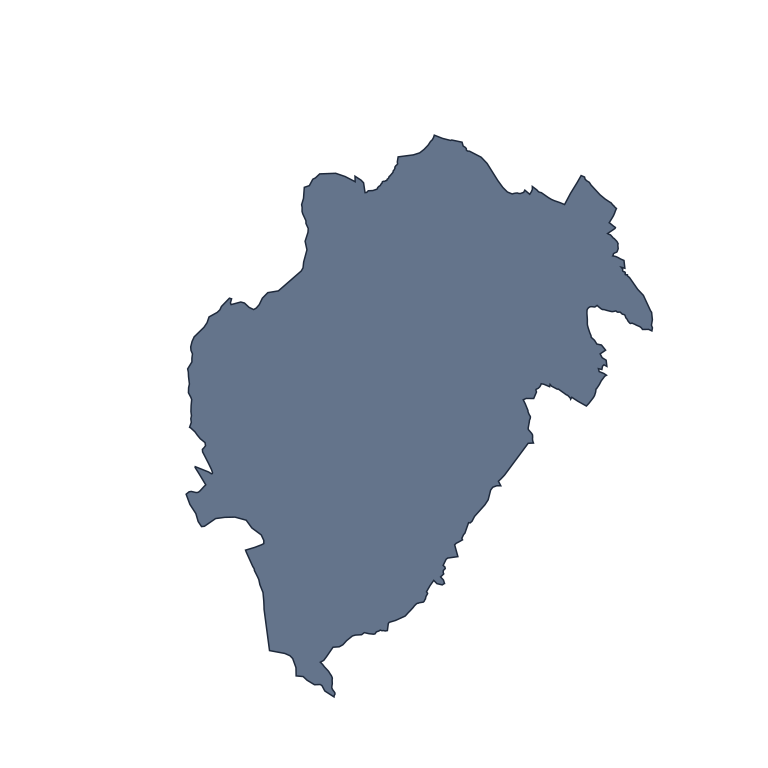 the district of Boteni, Arges, Romania, rotated 37°
{"feature_id": "2599482B33431600149134", "entity_name": "Boteni", "entity_type": "district", "adm_level": 2, "iso_a3": "ROU", "parent_name": "Romania", "parent_adm1": "Arges", "projection": "robinson", "projection_center": [25.134, 45.176], "detail": "fine", "context": "isolated", "style": "filled", "palette": "slate", "viewbox_px": 768, "rotation_deg": 37, "n_neighbors": 0, "source": "geoboundaries", "source_scale": "gbopen_adm2", "svg_char_len": 6165}
<svg xmlns="http://www.w3.org/2000/svg" viewBox="0 0 768 768"><g transform="rotate(37 384 384)"><path d="M532.4,664.0L531.9,663.1L531.6,662.2L531.6,661.5L531.1,660.7L530.6,660.2L529.5,659.8L526.8,659.0L525.1,658.0L524.1,656.5L523.1,654.5L520.7,651.6L519.9,650.2L519.1,649.5L517.3,648.5L515.9,648.1L512.6,646.8L506.4,645.7L503.7,644.9L500.6,644.5L502.2,641.0L502.2,636.3L501.7,624.9L506.4,620.8L508.1,617.0L508.6,611.4L510.4,604.2L512.3,601.7L517.0,597.7L517.9,594.4L522.2,592.5L526.2,590.1L527.2,589.0L527.1,586.5L528.6,584.3L529.1,582.8L530.8,582.3L532.0,581.2L533.6,580.5L535.1,578.9L531.6,572.7L531.6,571.2L535.5,565.9L540.6,556.5L541.0,552.0L541.4,549.2L541.8,545.0L541.8,542.8L542.2,540.1L542.6,539.1L543.4,538.3L543.8,537.5L546.4,534.8L546.7,534.4L546.8,533.1L546.4,531.4L546.4,531.1L546.5,530.8L545.4,528.5L545.0,525.4L544.8,524.9L543.0,524.4L542.1,517.3L541.9,510.9L546.4,511.6L551.4,509.4L552.2,507.1L552.4,506.9L549.5,504.8L545.3,504.0L546.0,499.7L544.7,498.9L543.6,497.2L544.0,494.6L542.8,493.5L540.4,493.3L539.1,486.6L539.6,484.7L546.9,477.4L537.2,469.9L537.5,467.8L538.8,465.1L540.5,461.2L539.0,460.3L538.2,456.3L538.4,454.5L535.0,443.8L536.4,443.1L536.9,440.6L536.0,435.2L537.3,419.8L536.9,413.8L533.0,404.5L533.0,401.0L535.3,397.4L538.5,395.0L533.9,392.8L534.5,389.5L535.1,384.1L534.8,344.6L538.9,341.2L537.2,340.1L536.1,339.0L535.3,338.0L534.7,337.0L533.3,335.3L531.8,334.6L526.7,333.5L525.7,332.5L522.8,326.7L522.1,325.6L521.8,324.7L521.7,323.9L520.8,322.2L520.1,321.7L518.7,321.2L517.2,320.4L515.5,319.3L514.9,318.5L508.7,314.8L504.7,312.8L506.2,310.0L512.3,305.5L510.6,298.6L508.9,297.4L508.7,296.7L509.8,294.5L510.1,292.4L509.8,290.3L509.4,289.2L511.8,288.0L517.9,286.5L516.9,284.4L519.1,284.9L525.4,283.9L526.4,283.1L536.2,282.9L537.4,282.5L541.3,283.1L542.2,283.8L542.0,281.6L549.2,281.1L558.9,279.8L559.3,276.2L559.4,268.8L559.1,266.5L557.9,263.1L556.4,260.5L556.6,259.7L556.3,254.8L555.6,250.7L555.6,245.0L556.4,243.1L553.1,243.3L548.4,244.6L546.0,242.7L549.3,241.3L547.8,238.3L548.1,236.3L551.4,235.8L547.1,231.3L542.4,231.7L538.5,229.9L540.6,223.6L534.2,222.0L529.9,224.0L525.8,222.4L521.4,222.0L520.1,220.7L517.6,219.3L513.3,216.3L511.0,214.5L510.2,213.6L507.5,210.0L503.4,205.3L501.7,202.8L501.4,201.8L501.4,200.3L501.8,198.9L502.3,198.1L503.5,197.1L505.8,195.8L506.2,195.3L506.9,193.0L509.1,193.2L512.4,193.3L513.8,193.0L515.0,192.1L517.5,191.2L522.0,189.3L522.8,188.8L523.7,187.9L525.2,186.1L526.6,186.2L527.4,186.0L529.3,184.5L530.2,184.5L531.4,184.8L532.5,184.7L533.9,184.1L534.8,184.0L535.4,184.3L537.3,185.6L539.2,186.0L541.0,186.9L543.2,187.4L544.0,187.5L544.4,187.4L545.5,186.1L548.8,185.3L549.9,185.2L553.4,184.3L554.9,184.2L556.6,184.5L557.6,184.9L562.5,181.1L566.0,180.4L564.6,177.6L562.2,176.1L559.7,171.2L554.6,165.7L552.8,165.1L537.8,157.1L529.6,155.7L515.9,151.2L513.9,151.2L513.2,150.9L512.7,150.3L511.0,151.4L510.3,151.0L510.1,150.3L509.5,149.8L508.7,149.6L508.0,150.0L507.2,150.2L506.4,149.9L505.4,148.5L503.2,148.0L506.7,146.6L501.3,140.9L497.6,141.8L495.0,142.1L492.4,142.7L489.6,144.0L489.6,143.3L488.9,142.2L489.0,141.4L489.3,140.6L490.5,138.6L490.5,138.0L489.6,135.0L487.0,132.2L486.6,131.1L484.3,130.0L480.2,129.3L479.5,129.5L475.2,128.6L473.2,129.2L472.0,129.3L474.9,120.7L474.6,119.7L472.3,119.8L468.4,119.6L466.8,119.7L466.3,114.1L466.0,111.6L465.3,108.6L464.7,106.8L464.0,103.9L462.8,103.9L460.8,103.6L460.6,103.4L459.0,103.3L456.0,102.6L455.4,102.8L449.5,103.2L442.7,102.9L429.6,100.5L426.6,99.4L423.3,99.7L421.2,99.3L419.6,98.0L416.0,98.9L417.0,106.7L418.2,119.4L420.2,132.0L415.2,133.3L409.7,135.1L406.7,135.8L403.1,136.2L394.5,136.5L393.2,137.1L391.7,137.5L389.3,137.0L383.6,137.0L385.3,139.2L386.0,141.7L386.2,144.8L379.8,144.4L380.2,146.9L378.2,149.9L376.8,150.8L375.5,151.2L374.1,152.5L373.0,153.7L372.2,154.9L371.6,155.2L367.0,156.4L360.6,155.5L352.4,153.0L333.6,145.8L325.1,144.4L312.2,146.6L310.5,147.7L309.0,147.6L308.1,146.5L306.7,146.1L304.0,146.3L300.8,143.9L291.2,148.4L290.6,149.4L283.0,152.6L274.4,155.0L275.2,157.2L275.6,159.9L275.2,162.3L275.5,166.8L274.8,172.6L273.4,177.9L269.6,183.3L258.6,194.1L261.0,198.7L262.4,200.0L262.4,201.0L262.1,202.4L262.1,203.5L262.2,204.3L262.9,205.1L263.2,206.8L263.1,208.3L263.8,209.5L263.5,214.5L263.3,214.8L263.3,215.6L263.7,216.5L263.7,217.3L263.3,218.7L263.7,219.5L263.7,219.9L263.0,220.6L262.6,221.6L262.4,221.9L261.5,222.5L261.0,223.4L261.5,224.9L261.3,226.2L261.6,227.7L260.9,229.5L260.8,231.2L261.2,232.0L261.0,232.8L258.7,236.2L255.2,239.1L255.0,239.8L254.9,241.4L253.7,242.6L246.6,235.6L243.0,235.0L235.8,235.5L239.2,239.8L228.1,241.7L218.6,244.8L206.2,254.9L205.2,260.7L203.9,263.3L205.0,270.5L202.0,274.9L208.0,284.2L210.3,290.4L212.3,292.2L214.7,295.5L216.7,297.0L223.4,300.6L225.1,302.8L229.9,305.4L232.0,308.6L235.1,317.5L241.7,323.2L246.4,334.9L249.4,339.9L249.9,343.5L243.6,373.2L236.2,381.0L235.2,388.7L236.6,395.7L236.3,400.2L235.1,403.0L230.1,404.0L223.8,403.3L220.3,404.7L214.1,412.6L212.5,411.6L211.0,407.7L208.9,408.5L207.5,419.9L208.3,423.5L207.7,427.2L203.9,435.7L205.8,441.5L206.1,447.1L204.0,460.7L204.2,461.3L205.1,465.5L207.3,470.7L209.6,473.3L212.9,475.2L215.0,478.9L217.3,482.0L218.1,490.1L220.5,492.2L223.5,495.8L228.6,501.1L230.2,504.6L233.1,508.7L237.8,510.9L239.8,512.2L243.0,517.4L246.4,522.2L249.4,525.3L250.6,528.0L253.2,530.6L254.8,535.6L255.8,535.4L261.9,536.0L265.7,537.2L270.3,538.3L276.3,538.5L278.6,540.7L278.6,543.3L278.3,545.5L280.0,547.4L291.4,552.9L297.6,556.1L300.3,557.9L300.8,558.8L300.1,559.6L297.0,559.8L283.0,563.6L283.3,564.3L290.6,567.1L302.3,571.8L302.3,572.4L302.0,573.8L301.4,580.0L300.9,582.1L300.0,583.2L299.0,583.9L294.7,585.8L293.2,587.4L292.3,591.1L301.5,597.0L311.7,600.7L318.4,605.7L324.1,607.7L326.2,605.7L330.5,592.8L337.1,586.3L345.1,580.0L355.9,575.7L365.1,578.5L376.8,578.4L382.2,581.3L384.0,583.8L383.0,586.0L379.0,592.4L373.4,600.0L375.1,601.1L389.0,608.7L391.6,609.7L392.7,610.9L399.7,614.4L401.8,615.6L405.7,619.0L412.8,623.3L418.7,629.8L422.0,633.8L423.8,636.1L453.0,665.8L466.9,658.9L472.4,657.6L476.3,658.2L484.4,663.5L489.5,670.0L495.5,666.3L501.0,666.9L509.5,666.0L513.9,662.4L515.9,662.2L521.5,664.8L532.4,664.0Z" fill="#64748b" stroke="#1e293b" stroke-width="1.5"/></g></svg>